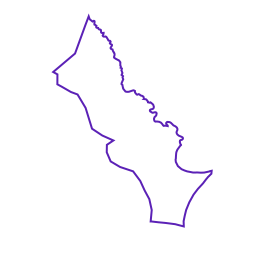 outline of Chari, Chari-Baguirmi, Chad, rotated 141°
{"feature_id": "50815135B55510615891344", "entity_name": "Chari", "entity_type": "district", "adm_level": 2, "iso_a3": "TCD", "parent_name": "Chad", "parent_adm1": "Chari-Baguirmi", "projection": "orthographic", "projection_center": [15.102, 11.728], "detail": "fine", "context": "isolated", "style": "outline", "palette": "violet", "viewbox_px": 256, "rotation_deg": 141, "n_neighbors": 0, "source": "geoboundaries", "source_scale": "gbopen_adm2", "svg_char_len": 4109}
<svg xmlns="http://www.w3.org/2000/svg" viewBox="0 0 256 256"><g transform="rotate(141 128 128)"><path d="M169.2,41.1L168.7,40.7L163.5,35.4L158.5,30.5L151.9,23.6L146.6,16.4L143.4,20.6L139.0,24.2L134.4,27.7L127.1,31.7L118.9,35.0L111.9,36.7L104.3,37.8L103.6,38.0L99.5,39.0L97.9,39.3L96.6,39.6L95.1,39.7L94.2,39.8L93.3,39.9L92.0,40.0L89.9,42.1L91.5,42.9L92.3,43.1L97.0,45.5L99.7,47.6L102.2,49.9L103.8,51.1L105.6,52.6L108.0,55.5L109.3,57.0L110.8,59.4L112.3,62.3L113.2,67.0L112.2,71.5L110.9,73.5L110.1,74.1L108.3,76.1L106.3,78.2L105.3,79.0L103.2,80.1L99.5,81.1L98.6,81.3L97.5,81.4L97.4,81.6L97.5,82.1L96.9,83.7L96.8,84.0L96.6,84.3L96.3,84.8L96.0,85.0L95.5,85.5L94.8,85.5L93.4,84.9L92.3,85.0L92.2,85.1L91.7,85.5L91.5,86.2L91.7,86.8L91.8,87.2L93.4,90.2L93.7,91.9L93.6,92.9L93.1,94.0L92.7,94.3L92.4,94.6L91.4,95.1L91.0,95.3L90.7,95.6L90.4,95.9L90.2,96.1L89.9,97.1L89.8,97.3L89.8,98.0L90.1,99.4L90.6,100.6L91.0,101.3L91.1,102.0L91.1,102.5L91.4,105.0L91.9,106.3L92.1,106.4L92.5,106.9L93.0,107.4L93.2,107.7L94.1,108.1L94.5,108.0L95.1,107.9L95.5,107.5L95.6,107.1L95.6,106.8L95.6,106.7L95.8,106.2L95.6,105.0L95.9,104.8L96.0,104.6L96.5,105.2L97.6,106.4L97.8,106.5L98.2,106.8L98.6,107.0L98.9,107.2L98.9,107.4L99.1,108.0L99.0,108.3L98.9,109.7L99.0,111.4L99.4,112.2L99.8,113.1L101.0,114.4L101.2,114.6L102.6,115.7L102.9,116.4L103.0,116.5L102.9,116.9L102.8,117.4L102.6,117.8L102.3,118.4L101.7,119.1L101.0,119.4L100.6,119.7L100.3,119.8L99.9,119.8L98.6,119.9L97.9,120.2L97.7,120.3L96.8,121.2L96.6,121.3L96.5,121.7L96.3,122.1L96.4,122.3L96.6,122.8L96.9,123.1L97.5,123.5L98.0,123.7L99.1,124.2L99.4,124.5L99.5,124.6L100.3,127.0L100.1,127.7L99.5,128.2L99.3,128.2L99.1,128.1L98.6,128.1L98.2,127.9L96.9,127.3L96.4,127.2L96.0,127.2L95.6,127.4L95.2,127.6L94.5,128.3L93.9,129.9L93.8,130.1L93.8,131.0L93.9,131.5L94.0,132.0L94.2,132.5L94.1,132.8L94.3,133.4L94.4,133.8L94.8,133.9L95.2,134.0L96.0,135.0L96.3,135.4L95.9,135.9L95.8,136.0L95.9,137.0L95.8,137.7L95.8,138.1L95.9,138.8L96.0,139.0L97.0,140.1L97.3,140.4L97.2,140.4L96.7,141.8L96.4,142.3L96.3,142.7L96.6,143.6L96.8,144.1L97.6,145.2L97.7,145.5L98.0,146.9L98.2,147.3L98.3,147.4L98.4,147.6L99.7,148.0L99.8,148.2L100.2,148.6L100.2,149.9L100.2,151.1L99.9,151.6L99.7,151.9L99.3,152.4L99.8,153.6L100.1,153.9L100.4,154.0L100.5,154.1L104.5,155.6L106.0,156.7L107.0,157.9L107.0,158.4L107.0,159.3L107.0,160.2L107.0,161.5L106.9,161.8L106.8,162.0L106.6,162.2L106.6,162.4L106.1,163.4L106.0,163.6L105.2,165.1L105.3,165.3L105.4,166.3L105.2,166.5L104.8,166.8L104.7,166.9L102.3,168.2L101.4,168.7L101.0,168.9L100.9,169.3L100.7,169.9L100.5,170.6L100.2,170.9L99.6,171.2L99.2,171.4L99.2,171.5L99.4,172.3L99.5,172.8L99.6,173.3L98.5,173.8L98.2,174.0L97.7,174.3L97.5,174.9L97.2,175.7L97.1,176.0L97.0,176.3L96.8,177.0L96.5,177.1L96.4,177.2L95.3,178.1L95.5,178.7L95.7,179.4L95.8,179.5L94.8,180.4L94.6,181.5L94.4,181.7L93.6,182.7L92.6,183.9L92.5,185.7L92.5,185.9L92.5,186.2L92.9,187.1L93.0,187.2L93.9,189.4L94.0,189.5L94.1,189.9L94.5,191.3L94.4,191.6L94.3,191.9L92.6,193.1L92.1,193.7L91.8,194.1L91.7,194.4L91.3,195.6L91.4,195.8L91.5,195.8L91.2,197.4L91.1,197.7L90.6,198.7L91.4,200.2L91.4,200.7L91.4,200.8L90.9,201.4L89.2,201.9L88.5,202.4L88.4,202.4L88.3,202.6L88.1,202.9L88.8,204.5L88.8,204.9L88.7,205.4L87.6,205.7L87.4,205.9L87.1,206.2L87.1,207.0L88.0,208.0L88.1,208.4L88.1,208.5L87.8,209.9L87.5,212.3L87.6,212.7L87.8,213.2L88.0,213.3L88.3,213.4L89.5,214.5L89.6,215.0L89.6,215.5L89.5,215.8L87.7,216.6L87.3,217.1L87.1,217.3L87.4,217.5L88.3,218.1L88.7,218.7L88.7,219.0L88.7,219.3L88.1,220.1L87.9,220.4L87.4,221.2L87.5,221.8L87.7,222.0L88.3,222.6L88.5,223.5L88.2,224.5L88.6,224.8L89.3,225.8L89.2,226.5L88.3,227.2L88.5,227.5L88.4,228.5L89.0,229.4L88.8,229.9L87.0,231.7L86.8,232.3L87.0,232.6L87.1,232.8L88.0,233.0L88.6,233.1L88.9,234.7L89.2,236.0L89.2,236.3L89.2,237.3L89.0,237.7L88.8,238.1L88.3,239.5L96.5,234.7L122.3,219.2L150.9,218.6L149.1,214.1L155.4,206.4L153.5,201.8L149.7,191.9L146.1,185.8L148.3,170.3L156.4,150.1L152.7,138.3L147.2,127.5L155.0,128.2L159.8,122.5L162.5,112.9L158.7,102.7L151.3,91.1L151.8,79.1L154.4,68.9L156.2,59.3L161.2,49.3L169.2,41.1Z" fill="none" stroke="#5b21b6" stroke-width="2"/></g></svg>